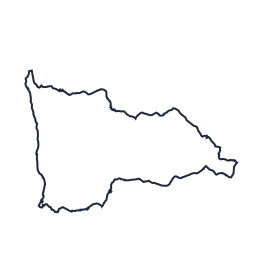 Varghis, Covasna, Romania (Albers equal-area conic projection), rotated 80°
{"feature_id": "2599482B86735407816142", "entity_name": "Varghis", "entity_type": "district", "adm_level": 2, "iso_a3": "ROU", "parent_name": "Romania", "parent_adm1": "Covasna", "projection": "albers", "projection_center": [25.537, 46.156], "detail": "fine", "context": "isolated", "style": "outline", "palette": "slate", "viewbox_px": 256, "rotation_deg": 80, "n_neighbors": 0, "source": "geoboundaries", "source_scale": "gbopen_adm2", "svg_char_len": 5846}
<svg xmlns="http://www.w3.org/2000/svg" viewBox="0 0 256 256"><g transform="rotate(80 128 128)"><path d="M54.9,215.5L57.7,216.4L60.4,218.2L61.0,219.7L61.5,220.1L61.9,220.3L63.3,220.0L64.7,220.2L65.2,220.4L66.3,221.3L69.2,221.2L70.6,220.5L70.8,219.9L71.5,219.5L71.7,220.1L72.1,220.0L72.5,219.7L75.4,218.6L76.7,218.4L78.0,218.3L79.0,218.5L81.0,218.4L83.8,218.8L84.9,219.4L86.6,218.8L88.8,218.5L90.1,219.0L91.8,219.2L95.7,218.4L96.6,218.5L97.7,218.8L98.8,218.7L103.7,217.7L105.4,217.9L106.9,217.5L107.7,216.7L111.7,218.1L112.4,218.1L115.2,217.4L119.8,218.0L121.7,218.5L122.6,218.9L123.7,219.0L125.6,218.8L128.8,219.1L132.0,220.0L135.8,222.3L137.8,222.9L138.0,222.8L138.3,222.5L138.3,222.1L142.4,223.1L145.9,223.2L151.1,224.0L154.2,224.2L154.6,224.1L155.8,223.5L156.7,223.5L158.4,222.1L158.4,221.8L158.7,221.4L159.7,221.2L160.3,220.7L162.0,220.5L162.0,220.0L164.5,219.5L168.3,219.4L169.9,219.8L170.2,220.1L174.2,221.5L175.5,222.2L178.6,223.4L179.3,223.5L180.2,222.8L182.2,223.7L183.4,225.1L184.0,226.0L184.7,225.6L185.5,224.7L186.4,225.5L186.0,226.4L185.7,226.7L186.6,227.6L189.2,229.4L190.5,228.4L191.3,227.0L191.4,226.6L191.0,226.0L190.4,225.7L188.9,225.2L189.0,224.8L189.4,224.4L189.8,224.5L190.0,224.2L189.8,223.7L189.2,223.3L188.9,222.9L188.8,221.4L191.9,219.3L192.3,218.8L192.4,218.1L193.5,217.7L195.1,217.4L195.3,217.2L195.2,216.4L195.5,216.0L196.5,215.4L197.0,214.8L197.8,214.7L198.0,214.4L198.2,213.7L198.2,212.5L198.7,212.2L198.5,211.5L197.5,210.9L195.9,210.2L194.6,206.0L200.2,198.8L200.5,197.9L199.8,197.5L199.8,197.3L199.9,196.5L200.5,195.2L200.6,194.6L200.2,192.8L200.7,190.7L200.2,189.4L200.9,189.1L200.8,188.4L200.4,187.8L200.3,187.4L200.7,185.6L200.4,184.4L200.7,183.4L201.3,182.4L200.6,181.1L199.8,181.7L199.4,181.0L198.6,178.9L197.2,176.1L196.9,173.9L197.0,172.8L196.9,172.1L197.4,170.5L199.7,168.0L200.1,167.1L200.6,167.1L199.4,165.9L196.7,163.9L195.5,162.2L194.7,161.6L190.7,160.1L189.2,159.2L188.7,158.6L188.5,158.1L188.1,155.8L187.7,155.4L186.7,155.8L186.5,156.2L186.4,157.1L185.7,156.4L185.0,155.3L184.7,155.1L181.6,154.6L180.9,154.4L179.3,153.3L178.9,152.9L178.8,152.3L178.6,151.8L176.8,150.5L176.4,149.9L176.3,149.3L176.8,148.7L176.8,148.2L176.1,145.5L176.3,144.7L177.1,143.8L178.3,140.8L178.5,140.4L179.0,140.1L178.8,139.7L179.6,137.4L179.5,136.8L179.7,135.2L179.5,133.9L179.7,132.2L180.0,131.1L179.8,129.7L180.0,128.0L179.8,126.2L180.7,125.0L181.8,124.0L182.1,123.5L183.9,122.1L184.0,121.7L183.5,120.5L183.9,118.9L183.7,117.3L183.5,116.9L184.4,115.8L186.2,113.8L186.5,113.0L186.5,111.8L186.8,111.1L187.7,109.9L188.3,108.5L190.2,105.4L190.6,104.4L191.1,102.6L191.6,99.6L191.0,97.8L190.6,97.0L189.3,96.0L186.4,93.3L185.8,92.9L183.9,90.6L183.9,89.5L184.0,89.0L184.5,88.1L185.9,86.4L186.6,84.8L186.6,84.4L186.5,84.0L185.9,83.0L186.0,82.1L185.8,81.5L185.6,80.0L185.1,78.4L184.9,75.9L184.2,74.1L183.9,72.3L183.9,70.0L184.5,68.6L184.6,67.7L184.0,66.0L181.4,60.6L181.0,60.8L179.0,57.9L182.8,55.1L183.2,54.7L184.2,52.6L185.2,51.4L189.1,49.4L189.3,48.9L189.2,48.4L189.0,47.9L188.6,47.3L188.5,43.9L188.6,43.2L189.2,42.6L189.4,42.2L189.4,41.8L189.7,41.5L189.8,41.3L190.3,40.8L190.7,40.2L191.6,40.0L191.6,39.8L191.3,39.5L191.7,39.0L193.8,37.3L194.6,35.1L191.3,32.2L190.7,31.9L184.4,30.2L181.7,27.4L181.1,26.6L180.5,27.2L178.5,28.3L178.5,28.6L178.8,29.0L177.9,29.5L177.8,30.0L178.0,30.2L178.0,31.1L177.5,31.8L177.2,33.0L177.3,33.7L177.6,33.9L177.5,34.6L177.1,36.1L176.4,36.8L176.1,37.5L175.5,38.0L175.0,40.0L174.9,41.0L175.0,42.1L174.3,42.7L174.2,43.0L174.0,43.4L172.0,43.6L170.7,42.9L170.2,42.8L169.1,43.4L168.6,43.0L168.3,42.4L166.7,41.7L166.3,41.2L164.2,41.0L163.3,40.5L162.4,42.1L161.2,45.2L161.0,45.4L160.0,45.2L158.9,45.6L155.4,48.0L154.5,48.5L153.1,48.7L152.3,49.3L151.1,50.0L150.9,50.3L150.8,50.6L151.3,51.4L151.4,52.3L149.3,51.8L149.0,54.6L149.5,56.1L148.9,56.8L144.9,58.3L143.4,59.1L141.0,59.7L139.0,59.9L138.3,60.9L137.1,63.0L131.0,68.5L130.0,69.0L127.7,69.6L123.6,73.4L122.5,74.0L119.2,75.5L118.6,76.4L116.9,78.5L116.4,80.1L116.8,80.4L117.5,81.5L117.9,82.3L117.9,84.1L118.2,85.4L118.9,86.2L119.4,87.6L119.9,88.3L120.1,88.8L120.2,90.2L121.6,90.8L121.7,91.9L121.5,93.8L121.1,94.6L120.9,94.9L119.7,95.3L117.8,97.4L119.2,101.5L119.3,103.4L118.9,104.8L117.7,106.8L116.1,110.3L115.6,111.1L115.4,111.1L115.2,111.8L115.3,112.4L115.8,113.7L117.7,116.8L118.5,117.8L119.4,118.5L120.1,118.9L119.2,119.4L117.5,121.6L117.3,122.0L117.0,123.5L116.2,124.6L114.5,126.6L111.9,128.2L111.3,128.7L110.6,130.2L110.5,132.0L110.1,132.9L109.5,134.5L109.4,135.4L109.6,136.1L109.6,136.4L109.0,137.3L108.7,137.4L108.1,138.0L108.2,138.3L107.8,138.4L107.4,138.1L107.3,138.3L107.7,139.1L107.3,139.4L107.5,140.1L107.3,140.4L107.0,140.6L106.5,140.5L106.1,141.3L105.2,141.3L104.9,141.6L104.4,140.8L102.7,141.4L101.9,140.9L99.2,140.8L98.4,141.1L98.0,141.7L96.7,142.3L96.0,142.8L95.3,142.8L95.1,143.1L95.0,143.4L93.3,143.7L90.2,143.2L87.7,143.3L87.1,144.1L86.1,145.0L85.7,146.3L85.2,147.3L85.2,148.8L85.6,149.4L85.7,151.4L85.8,151.8L86.1,152.1L86.7,154.8L87.4,156.5L87.5,157.5L87.9,158.2L88.0,159.8L88.2,160.4L88.0,161.3L87.4,161.9L86.0,162.9L85.2,164.0L84.9,164.6L84.3,165.2L84.4,166.8L85.3,169.8L84.6,172.1L84.9,172.4L84.9,172.7L84.3,176.2L84.6,177.6L85.2,178.6L85.3,180.2L84.4,180.7L84.0,181.4L83.5,181.7L82.9,182.8L82.4,182.9L81.9,183.6L81.1,183.9L80.6,185.1L79.9,185.3L80.2,185.8L79.8,186.4L79.6,186.4L79.9,186.7L80.0,187.2L79.5,187.4L79.4,187.7L78.9,187.8L78.7,188.4L78.3,188.3L78.3,188.7L78.8,189.0L79.1,189.5L79.5,189.5L79.3,189.8L78.7,190.2L77.6,191.7L77.0,192.2L76.7,192.6L76.4,194.0L75.5,195.2L74.1,195.7L73.4,196.6L73.2,197.5L73.4,198.4L73.1,199.5L73.4,200.2L73.4,200.5L73.3,202.5L73.1,203.8L72.7,204.8L71.1,205.9L72.3,207.1L72.8,208.1L72.6,208.8L72.2,209.0L71.9,209.9L70.8,210.1L70.5,210.4L69.7,210.6L69.5,210.9L68.7,211.2L68.5,211.7L67.6,212.3L67.0,212.3L66.3,212.7L54.7,212.8L54.9,215.5Z" fill="none" stroke="#1e293b" stroke-width="2"/></g></svg>